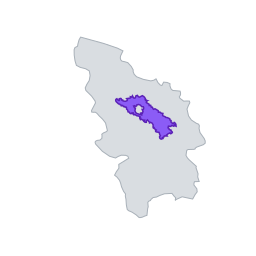 Flemish Brabant highlighted on a map of Belgium, rotated 41°
{"feature_id": "BEL-3475", "entity_name": "Flemish Brabant", "entity_type": "Province", "adm_level": 1, "iso_a3": "BEL", "parent_name": "Belgium", "parent_adm1": "", "projection": "robinson", "projection_center": [4.536, 50.87], "detail": "fine", "context": "in_parent", "style": "filled", "palette": "violet", "viewbox_px": 256, "rotation_deg": 41, "n_neighbors": 0, "source": "natural_earth", "source_scale": "10m", "svg_char_len": 4247}
<svg xmlns="http://www.w3.org/2000/svg" viewBox="0 0 256 256"><g transform="rotate(41 128 128)"><path d="M116.9,72.5L120.8,74.1L124.2,74.4L125.7,73.7L124.8,70.0L127.6,68.0L130.6,67.0L132.0,68.7L134.9,70.3L137.1,70.3L143.1,66.0L144.5,66.9L145.8,68.4L146.1,69.6L146.3,70.9L147.7,71.5L152.4,71.2L154.8,68.9L156.7,67.4L158.1,68.4L158.8,71.3L160.1,75.0L165.8,79.2L170.6,80.4L176.5,79.6L178.8,78.8L180.4,79.5L181.9,81.7L185.3,84.2L192.5,86.0L194.7,87.1L196.2,88.8L195.8,91.2L192.4,97.3L192.0,99.1L192.4,99.7L191.8,100.8L187.4,104.9L187.0,106.3L188.5,108.7L189.7,110.6L192.4,111.6L194.9,111.9L199.6,112.0L204.7,112.1L205.3,113.3L210.9,116.6L212.7,119.2L216.8,121.7L213.4,124.9L214.0,126.4L215.2,127.8L219.8,128.7L222.1,130.8L222.3,134.0L223.4,139.2L214.0,144.4L211.3,150.2L211.1,151.4L210.8,151.2L209.7,149.3L208.0,149.3L204.1,148.5L198.7,153.7L196.2,158.1L194.8,161.4L192.6,164.0L192.2,166.8L192.5,168.0L191.7,169.5L191.7,171.1L194.9,174.2L195.7,175.9L199.6,181.5L198.4,183.5L197.4,185.7L196.3,187.3L195.1,188.3L191.1,188.2L186.1,188.9L182.7,190.0L180.9,190.0L177.3,187.2L173.2,183.1L170.6,181.1L169.4,179.4L166.2,178.7L161.7,176.6L158.5,174.4L155.8,173.0L152.0,172.3L148.8,172.4L147.9,168.6L147.5,164.3L144.9,161.5L148.4,150.4L146.4,149.4L144.1,150.2L140.8,152.9L139.2,156.0L138.3,158.8L132.7,161.4L123.9,162.4L114.3,161.4L112.9,160.7L112.3,159.9L112.3,158.9L113.0,157.4L114.7,155.6L115.1,153.0L113.4,150.8L112.3,149.9L112.7,147.8L114.0,145.1L114.2,143.5L107.7,138.9L103.0,138.0L98.5,137.8L95.0,137.3L93.0,137.5L91.5,138.9L90.1,139.8L89.0,138.7L87.0,130.4L85.4,129.2L79.6,127.8L71.6,127.3L69.4,125.8L68.3,122.1L67.6,117.6L65.0,113.3L63.7,112.2L61.3,110.3L57.1,111.1L52.1,113.6L49.1,114.3L48.0,114.6L44.0,112.1L39.6,108.3L36.0,104.3L35.2,102.1L36.3,99.4L35.0,97.3L33.2,93.5L32.6,90.5L54.3,80.1L67.5,74.7L73.6,73.1L75.1,78.5L76.2,80.2L77.7,81.3L79.6,81.5L81.9,80.2L85.0,78.8L90.0,79.4L93.7,80.7L94.9,82.1L97.4,83.4L100.9,83.7L107.7,81.2L114.3,77.5L116.2,74.9L116.9,72.5Z" fill="#d9dde1" stroke="#a8b0b8" stroke-width="1"/><path d="M110.6,114.8L109.2,114.5L108.5,115.5L108.2,115.1L107.0,115.6L106.1,115.4L105.1,116.0L102.1,115.9L101.0,115.6L100.3,114.9L100.1,114.2L100.4,113.2L101.6,113.5L103.2,113.2L103.3,112.8L102.2,111.7L102.9,110.6L103.5,110.3L104.8,111.1L105.6,110.3L106.3,110.8L107.1,110.5L108.6,109.5L109.4,107.8L108.9,106.9L107.7,106.7L110.0,104.0L110.0,103.3L109.3,102.8L110.6,102.1L110.2,100.8L112.5,101.6L113.6,101.0L113.6,100.2L112.9,98.4L113.7,97.2L115.3,97.6L116.4,97.2L117.6,94.2L119.3,93.9L120.5,94.0L122.9,94.9L122.6,95.4L122.9,95.5L124.5,94.7L124.0,95.6L124.9,95.8L125.2,96.8L128.2,96.2L129.3,97.1L130.2,96.0L131.9,97.0L132.8,96.3L134.3,97.1L135.1,97.1L135.7,95.8L139.4,95.1L140.7,95.6L140.1,96.6L142.1,94.9L143.2,95.1L144.8,94.1L145.6,95.6L146.3,95.9L148.8,95.1L149.4,95.3L150.8,94.4L152.7,93.8L153.6,93.7L154.3,94.4L155.6,94.1L156.4,95.3L157.4,95.0L158.4,95.5L159.3,95.1L159.2,93.5L160.6,93.4L161.7,93.8L163.1,95.1L161.8,95.5L161.6,95.0L161.1,95.1L161.4,96.6L159.3,97.4L159.3,98.7L157.3,100.1L158.0,101.5L158.3,101.7L159.1,101.4L160.0,102.1L161.9,101.4L162.0,101.9L163.8,101.9L164.5,102.4L164.1,104.2L163.8,104.4L162.9,104.1L162.1,105.9L161.7,108.0L162.8,108.3L160.6,110.2L161.0,111.3L160.3,112.6L161.3,113.0L160.3,114.7L159.0,114.9L158.3,114.6L157.4,113.7L157.5,112.6L156.2,112.1L154.4,110.9L151.9,112.4L151.2,112.5L150.6,112.1L150.7,111.0L147.0,111.3L147.2,110.6L146.0,110.5L144.9,109.1L142.9,108.5L141.5,108.9L141.1,109.7L140.9,109.2L140.0,109.6L137.4,109.1L137.2,110.7L138.1,111.7L137.2,112.5L135.5,112.6L135.3,111.3L134.1,112.3L131.9,112.7L131.8,113.5L130.2,112.7L130.0,112.4L130.2,111.7L129.5,111.6L128.4,111.9L126.6,113.0L124.2,113.3L123.9,114.2L123.0,114.2L122.0,113.2L121.7,113.5L122.2,114.1L121.1,114.1L121.0,115.1L120.6,115.4L119.9,115.6L118.5,115.2L117.5,115.8L115.9,114.7L114.6,114.7L113.5,113.6L113.0,113.4L112.5,113.6L112.2,114.2L111.0,114.2L110.6,114.8ZM129.5,109.3L127.8,108.4L128.2,107.8L129.3,107.7L128.5,105.7L126.5,104.7L127.3,104.1L127.3,103.5L126.5,102.4L125.7,101.9L124.4,102.9L122.3,102.6L120.4,103.4L119.5,104.8L120.0,105.5L119.7,106.6L118.4,106.8L117.8,107.7L119.7,108.5L120.6,108.2L121.9,110.4L123.3,111.1L124.4,111.3L125.4,111.1L129.5,109.3Z" fill="#8b5cf6" stroke="#5b21b6" stroke-width="1.5"/></g></svg>